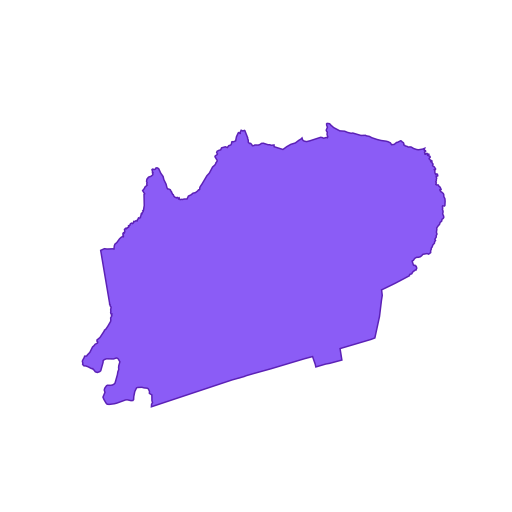 the district of Bongo, Upper East, Ghana, rotated 163°
{"feature_id": "2480657B66034837272834", "entity_name": "Bongo", "entity_type": "district", "adm_level": 2, "iso_a3": "GHA", "parent_name": "Ghana", "parent_adm1": "Upper East", "projection": "albers", "projection_center": [-0.813, 10.917], "detail": "fine", "context": "isolated", "style": "filled", "palette": "violet", "viewbox_px": 512, "rotation_deg": 163, "n_neighbors": 0, "source": "geoboundaries", "source_scale": "gbopen_adm2", "svg_char_len": 6041}
<svg xmlns="http://www.w3.org/2000/svg" viewBox="0 0 512 512"><g transform="rotate(163 256 256)"><path d="M232.0,379.4L233.4,380.6L234.9,379.0L235.2,377.8L235.4,377.8L236.5,379.1L236.9,379.0L239.8,375.8L241.8,372.1L244.2,371.8L245.3,372.3L245.8,372.2L246.6,370.6L247.2,369.9L247.8,369.5L249.8,369.5L251.7,368.1L253.4,369.4L257.3,369.5L258.8,367.8L260.6,367.9L262.6,367.5L263.4,366.4L263.0,364.9L263.4,364.4L265.9,363.5L266.2,362.9L265.2,358.9L265.4,358.2L266.2,357.4L267.0,357.0L267.3,356.3L268.8,355.0L271.5,353.8L276.4,348.9L279.5,347.1L286.5,340.7L289.1,338.6L289.8,337.7L290.3,336.3L290.9,335.9L291.6,336.1L292.9,335.2L295.5,334.3L297.9,334.5L300.2,333.5L303.1,333.1L305.3,330.7L308.1,331.5L309.7,331.5L310.4,331.9L312.1,332.1L312.5,332.7L312.5,333.9L313.4,333.4L313.6,334.7L314.3,335.1L314.9,334.8L316.4,336.0L317.0,337.0L317.2,338.8L317.7,339.3L317.8,340.6L318.2,341.3L318.0,342.1L318.4,343.0L318.6,344.4L319.9,345.6L320.8,345.9L321.2,347.3L321.0,351.0L321.8,356.0L321.6,359.2L322.9,363.2L323.5,367.8L324.4,369.0L325.8,369.5L326.8,368.5L328.3,368.5L329.2,369.3L329.9,369.2L330.3,368.9L330.2,367.6L330.4,366.7L330.2,365.9L330.7,365.8L330.6,364.5L331.2,363.7L333.2,362.9L335.4,362.9L336.4,362.5L336.9,361.8L337.8,361.5L338.8,359.5L338.9,359.0L338.7,358.0L339.3,357.1L339.6,355.9L339.4,355.6L342.2,354.3L342.9,353.3L345.3,351.7L344.3,348.0L345.1,347.6L348.1,337.0L350.2,332.7L350.9,332.5L350.7,331.9L350.9,331.5L352.5,330.5L352.6,329.9L353.0,329.5L353.4,329.8L354.4,328.0L355.0,327.5L355.3,326.5L356.4,326.3L357.2,326.8L357.7,326.0L358.6,325.6L359.4,324.3L360.7,324.8L361.9,324.4L362.8,324.8L363.4,323.7L364.5,323.1L365.2,323.8L366.5,323.6L367.1,323.1L367.3,322.5L368.0,322.3L368.4,321.9L369.0,322.2L369.3,320.9L369.6,320.7L370.4,320.8L371.2,320.2L371.9,320.6L372.3,320.0L372.8,320.5L374.0,319.9L374.3,317.8L374.6,317.2L375.6,317.1L375.5,316.5L376.4,316.6L376.9,316.0L376.7,315.2L377.1,314.8L376.9,313.9L377.2,313.2L378.0,313.6L379.5,313.3L381.5,312.3L385.2,309.5L387.4,308.6L388.5,307.2L389.8,304.2L391.0,304.8L396.4,306.2L398.8,307.3L402.9,306.8L409.8,253.7L410.1,252.7L409.7,251.8L410.1,251.1L409.5,249.4L410.7,247.1L410.9,245.7L411.5,244.6L411.6,243.4L410.7,242.6L411.6,241.9L411.3,241.0L413.1,239.3L413.7,236.8L414.3,235.8L418.3,232.1L420.9,230.0L422.7,229.3L423.0,228.7L429.0,223.7L432.6,222.2L433.0,221.0L432.5,220.1L433.0,219.1L435.7,218.6L437.1,217.6L438.9,216.8L443.1,212.4L446.2,210.7L446.8,210.1L447.5,209.9L449.2,210.3L449.8,209.3L452.4,206.8L452.9,205.9L452.9,204.3L453.5,203.0L452.7,201.3L450.9,200.6L448.9,199.1L446.2,196.4L445.0,196.0L445.0,195.3L444.3,194.4L443.5,192.2L441.8,191.0L439.3,191.1L438.0,191.7L433.4,198.9L432.7,200.7L431.1,201.3L429.0,201.4L422.3,199.2L419.3,199.3L418.3,198.6L417.8,197.8L417.1,194.6L419.2,191.4L420.0,189.6L420.4,187.7L422.0,185.6L423.2,183.1L427.9,175.8L428.9,175.1L431.0,174.6L433.1,174.9L435.7,175.8L436.8,175.7L439.3,173.8L440.3,172.2L440.3,169.8L443.6,165.8L443.4,163.4L442.4,159.2L441.7,157.8L439.8,157.0L434.5,156.1L432.1,156.0L422.7,156.5L421.1,156.1L417.8,154.2L416.0,153.8L415.0,154.5L414.0,157.3L411.5,161.9L408.8,164.8L407.7,164.9L403.5,163.8L401.6,162.6L398.7,161.4L397.9,160.6L397.4,157.9L398.1,155.8L396.2,153.6L397.8,148.1L397.8,146.0L399.2,144.8L400.1,142.4L315.1,144.5L302.8,144.2L300.3,144.4L293.0,144.3L274.7,143.8L239.5,143.6L231.3,143.3L231.0,135.1L231.2,132.4L220.9,132.3L216.8,131.8L204.3,131.4L202.7,142.9L170.5,142.6L166.3,142.9L155.6,162.0L149.0,176.9L146.8,181.4L145.8,186.9L130.5,189.3L115.0,192.3L114.6,193.3L114.2,193.5L112.4,193.4L111.8,193.8L111.5,194.4L109.5,195.5L108.8,195.5L107.7,196.1L107.1,195.8L105.8,197.4L105.8,199.4L106.4,199.7L106.7,200.7L107.8,200.9L108.1,201.5L108.2,205.3L108.0,205.6L106.8,205.8L105.2,207.1L104.3,207.5L102.7,207.8L101.2,207.3L99.2,207.2L97.6,207.8L95.9,208.8L92.2,208.4L91.2,208.0L90.4,207.3L88.1,208.1L87.8,208.5L87.6,209.8L86.4,211.3L86.0,212.4L85.0,213.0L83.7,214.8L81.6,216.1L81.0,217.5L79.8,218.3L80.0,219.8L78.1,221.4L77.7,222.8L76.5,224.1L76.6,225.5L76.3,226.5L75.3,228.5L75.0,230.0L72.4,232.0L71.4,232.4L70.1,234.3L68.3,235.0L67.4,236.7L66.0,237.2L65.2,237.9L64.9,239.2L65.2,241.7L64.2,243.5L64.0,244.8L64.1,246.1L63.4,247.3L63.4,248.5L62.9,249.4L61.2,248.7L60.6,249.1L59.2,252.9L58.6,255.5L59.0,257.9L58.5,259.9L58.6,260.9L59.7,262.8L60.4,263.4L60.9,265.0L60.7,265.6L60.0,265.2L59.5,265.5L59.8,268.0L60.7,269.4L60.9,270.6L62.7,271.3L63.1,271.9L62.2,273.2L62.4,274.4L61.6,275.1L61.3,276.3L60.5,277.5L60.5,279.2L60.1,279.6L58.9,279.4L58.7,279.7L58.6,281.2L59.3,281.7L60.3,281.4L60.6,283.4L60.1,285.1L60.2,286.4L59.2,286.2L58.8,286.7L59.5,289.2L60.7,290.7L60.6,291.3L59.8,292.1L60.3,293.2L60.3,294.1L61.2,295.0L61.2,295.4L60.1,295.1L60.0,295.6L61.2,296.8L62.0,298.3L61.8,298.8L60.5,299.6L60.5,300.4L62.4,302.1L62.3,302.5L62.0,302.7L61.1,302.3L60.9,302.7L62.1,303.5L62.5,304.2L63.1,304.0L63.6,304.3L64.0,303.7L64.6,303.9L64.5,306.0L64.1,306.4L63.1,306.7L63.2,307.2L64.0,307.9L64.2,308.3L63.2,309.7L65.3,309.5L69.7,310.1L71.3,310.9L73.8,312.7L75.7,314.8L76.8,315.3L78.5,315.6L79.4,316.6L81.2,317.7L81.4,318.4L82.2,319.1L81.8,320.3L81.9,321.2L82.8,322.3L83.4,323.5L84.0,323.9L87.6,323.3L88.4,323.5L91.2,322.3L93.8,322.8L94.4,324.9L96.3,326.7L98.1,327.8L102.6,329.9L106.1,332.0L110.6,335.2L112.6,337.2L115.4,338.7L116.0,339.4L120.4,340.6L127.5,345.3L129.1,345.5L132.3,347.4L134.7,349.4L139.3,351.2L144.2,356.1L145.6,358.4L146.1,358.8L146.2,359.6L147.0,361.0L148.8,361.9L149.4,362.0L149.9,361.7L150.2,360.3L150.0,358.3L152.0,355.9L152.1,355.2L151.6,353.6L152.5,351.5L152.5,349.0L153.1,348.2L154.1,348.8L156.9,348.8L157.9,349.8L159.4,350.6L170.9,350.4L174.2,350.6L176.2,351.7L177.0,352.5L177.5,353.5L177.5,355.4L178.8,354.7L181.3,354.1L185.3,352.6L190.0,352.6L194.5,351.6L199.1,350.0L206.7,355.2L206.3,356.9L209.1,357.4L210.3,358.4L212.0,358.9L216.0,361.7L217.9,362.1L219.4,361.5L221.4,361.4L224.6,362.5L225.8,362.2L227.2,362.5L227.4,363.5L228.1,365.1L228.4,365.4L229.2,365.4L230.1,367.0L229.5,369.1L229.7,370.6L229.4,371.4L230.0,379.1L230.3,379.5L232.0,379.4Z" fill="#8b5cf6" stroke="#5b21b6" stroke-width="1.5"/></g></svg>